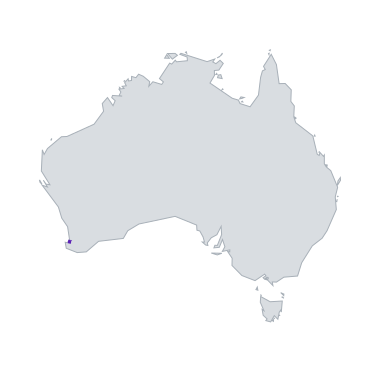 location of Capel, Western Australia, Australia, rotated 351°
{"feature_id": "25037944B63911738750692", "entity_name": "Capel", "entity_type": "district", "adm_level": 2, "iso_a3": "AUS", "parent_name": "Australia", "parent_adm1": "Western Australia", "projection": "albers", "projection_center": [115.572, -33.527], "detail": "fine", "context": "in_parent", "style": "filled", "palette": "violet", "viewbox_px": 384, "rotation_deg": 351, "n_neighbors": 0, "source": "geoboundaries", "source_scale": "gbopen_adm2", "svg_char_len": 4216}
<svg xmlns="http://www.w3.org/2000/svg" viewBox="0 0 384 384"><g transform="rotate(351 192 192)"><path d="M295.3,79.3L295.0,98.6L301.0,99.4L306.0,106.6L303.8,118.0L306.5,123.0L304.3,133.6L305.3,139.8L320.1,155.5L321.6,174.3L323.3,175.8L324.6,173.0L327.4,177.3L328.5,176.1L327.1,184.9L328.5,188.2L332.4,192.6L336.6,210.1L332.7,219.3L331.8,231.9L319.3,251.4L313.3,258.0L302.4,264.0L289.3,279.0L283.1,291.5L269.4,290.5L261.3,294.2L257.2,293.4L257.3,297.1L252.6,290.4L253.8,289.6L253.8,288.3L252.6,287.9L250.0,289.4L248.8,287.7L251.9,286.4L250.9,284.5L240.4,289.4L228.2,282.3L220.0,270.8L221.3,263.8L217.9,256.3L219.9,257.0L220.3,255.1L212.7,255.4L215.9,251.2L214.7,243.7L210.3,250.9L204.9,250.6L206.3,248.2L208.7,248.7L214.6,238.7L215.4,230.5L209.9,238.1L203.9,240.2L199.2,244.6L199.3,247.3L197.2,246.5L194.3,243.0L196.5,243.4L195.9,238.1L193.6,231.7L190.9,230.5L191.4,225.4L171.5,213.4L134.6,215.3L122.5,220.2L116.9,227.1L92.0,226.1L78.2,234.6L69.2,233.9L59.0,227.9L58.9,221.8L61.4,222.8L63.6,219.1L63.7,206.8L59.3,197.5L57.7,185.9L45.1,161.9L50.0,164.4L47.0,157.1L49.1,161.4L52.8,162.6L46.5,147.7L50.8,126.9L51.8,131.8L56.1,126.4L71.7,117.0L77.2,117.6L105.9,109.7L117.3,98.4L117.2,90.6L123.3,85.5L127.5,94.4L130.4,89.8L127.5,86.2L128.6,84.2L138.0,86.4L135.1,85.3L137.4,82.1L135.9,79.0L141.1,79.1L139.5,76.7L143.7,76.8L142.6,73.5L146.6,70.2L146.7,72.4L149.7,72.4L150.4,68.4L154.5,70.3L157.7,67.3L162.0,70.1L167.5,76.4L165.9,80.8L170.6,77.0L178.9,81.0L181.0,78.8L177.6,74.9L190.1,61.2L192.0,62.5L196.1,59.2L197.1,61.0L208.0,61.6L208.3,57.9L201.5,54.1L202.8,53.3L227.3,65.6L235.3,64.2L232.9,66.8L235.7,69.0L240.3,66.3L243.0,69.9L237.6,75.8L233.1,75.5L232.4,80.4L226.8,87.2L246.4,105.7L252.2,108.5L253.3,112.2L262.7,116.9L272.8,106.7L277.7,89.5L280.5,83.4L283.5,82.5L282.3,79.1L291.8,68.4L295.3,79.3ZM243.5,306.0L252.0,312.6L264.1,313.8L261.4,324.6L261.3,322.4L259.4,324.3L256.9,331.1L253.9,327.0L249.4,332.6L244.8,330.6L246.3,329.1L243.0,324.9L242.9,318.9L244.5,320.5L242.2,311.6L243.5,306.0ZM189.5,51.4L197.0,52.5L199.0,54.7L193.4,57.7L189.5,51.4ZM201.5,255.3L211.9,257.2L207.1,258.1L201.5,255.3ZM238.8,80.6L239.5,84.7L235.1,83.1L236.3,80.6L238.8,80.6ZM336.6,208.2L337.9,203.9L340.8,200.9L340.5,203.7L336.6,208.2ZM263.9,305.3L266.8,307.2L266.4,308.7L263.9,305.3ZM188.5,52.4L190.6,56.4L185.9,55.5L188.5,52.4ZM241.7,299.3L239.9,298.4L241.6,296.1L241.7,299.3ZM258.3,106.8L255.9,107.4L253.6,107.5L255.2,105.7L258.3,106.8ZM45.1,160.9L43.4,158.7L43.2,156.6L43.5,156.6L45.1,160.9ZM265.2,309.9L266.1,311.3L264.1,309.7L265.2,309.9ZM328.3,186.0L329.8,186.5L329.1,188.4L328.3,186.0ZM304.8,133.6L306.4,135.3L305.8,135.8L304.8,133.6ZM252.6,330.8L252.2,332.5L251.2,331.6L252.6,330.8ZM334.3,221.8L333.5,224.2L333.3,224.1L334.3,221.8ZM208.5,54.2L207.4,53.0L208.3,52.6L208.5,54.2ZM243.1,60.8L241.0,62.3L243.8,59.5L243.1,60.8ZM335.6,219.1L334.6,219.6L335.3,218.9L335.6,219.1ZM238.7,95.5L237.6,95.7L238.4,94.9L238.7,95.5ZM235.2,79.8L233.9,79.7L234.9,78.7L235.2,79.8ZM61.8,117.1L61.4,118.6L60.8,118.5L61.8,117.1ZM289.9,67.0L289.5,68.3L289.2,67.2L289.9,67.0ZM252.5,288.5L252.5,289.4L252.2,289.1L252.5,288.5ZM240.4,62.7L237.7,63.5L240.5,62.4L240.4,62.7ZM142.9,71.6L141.9,72.4L142.6,71.4L142.9,71.6ZM253.7,329.7L253.0,329.9L253.5,329.4L253.7,329.7ZM256.3,111.0L255.0,110.7L255.8,110.1L256.3,111.0ZM137.4,78.0L136.7,78.5L136.7,77.3L137.4,78.0ZM259.3,327.6L258.3,327.8L258.9,327.0L259.3,327.6ZM291.6,63.9L291.2,64.7L290.6,64.1L291.6,63.9ZM251.7,289.5L252.3,290.5L250.9,289.9L251.7,289.5ZM322.3,156.1L321.5,155.9L322.1,155.0L322.3,156.1ZM324.0,172.6L323.6,172.5L324.1,171.8L324.0,172.6ZM244.3,304.8L243.9,305.4L243.9,304.5L244.3,304.8Z" fill="#d9dde1" stroke="#a8b0b8" stroke-width="1"/><path d="M63.1,220.7L63.1,220.8L63.0,221.0L62.9,221.1L62.8,221.3L62.7,221.4L62.7,221.5L62.5,221.8L62.4,221.8L62.3,222.0L62.2,222.0L62.1,222.3L62.2,222.5L62.3,222.5L62.5,222.5L62.8,222.6L62.9,222.8L62.9,223.0L63.0,223.0L63.7,223.0L63.8,223.1L63.9,222.9L63.9,222.7L63.9,222.0L63.9,221.9L64.1,221.9L64.2,221.6L64.3,221.5L64.2,221.5L64.2,221.3L64.0,221.2L63.9,221.2L63.7,221.0L63.8,221.0L63.7,221.0L63.7,220.9L63.8,220.9L63.7,220.9L63.8,220.9L63.7,220.9L63.6,220.7L63.4,220.7L63.2,220.7L63.1,220.7Z" fill="#8b5cf6" stroke="#5b21b6" stroke-width="1.5"/></g></svg>